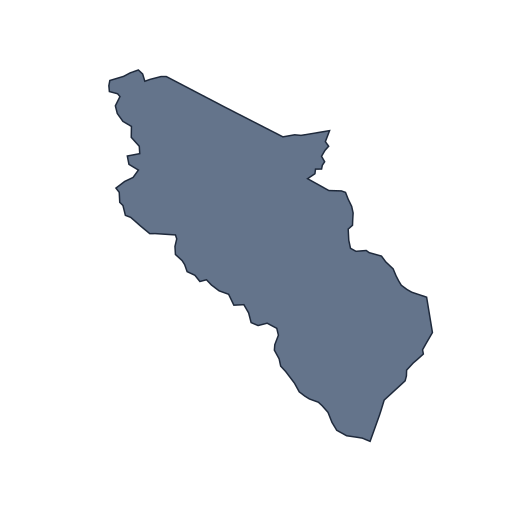 Itapetim, Pernambuco, Brazil, rotated 197°
{"feature_id": "56859067B43341835432659", "entity_name": "Itapetim", "entity_type": "district", "adm_level": 2, "iso_a3": "BRA", "parent_name": "Brazil", "parent_adm1": "Pernambuco", "projection": "orthographic", "projection_center": [-37.138, -7.385], "detail": "fine", "context": "isolated", "style": "filled", "palette": "slate", "viewbox_px": 512, "rotation_deg": 197, "n_neighbors": 0, "source": "geoboundaries", "source_scale": "gbopen_adm2", "svg_char_len": 1668}
<svg xmlns="http://www.w3.org/2000/svg" viewBox="0 0 512 512"><g transform="rotate(197 256 256)"><path d="M194.0,154.3L182.1,145.7L174.9,138.7L168.1,136.2L163.1,134.9L153.6,134.4L149.0,132.2L141.4,127.5L134.7,119.1L127.8,112.9L116.8,110.6L107.0,112.1L101.2,112.9L92.7,112.1L91.4,139.7L91.3,144.6L91.3,155.7L76.9,180.2L77.1,185.3L78.6,190.9L74.3,199.8L71.8,203.7L67.3,211.2L69.3,215.0L67.9,221.5L64.9,234.4L80.8,266.5L96.4,266.9L101.8,268.1L108.5,270.5L112.1,273.7L116.3,278.0L121.1,283.8L130.2,288.3L136.0,292.6L148.8,292.3L152.2,293.5L161.8,289.7L167.9,291.0L171.9,298.2L175.7,308.7L172.7,313.6L174.1,318.9L175.7,325.5L179.0,331.4L184.5,337.3L189.0,343.0L193.4,343.2L205.5,339.9L229.3,345.0L223.7,351.9L224.5,356.5L218.7,358.3L219.1,362.2L217.9,366.2L222.5,370.5L220.9,377.2L218.6,382.2L223.1,385.6L222.3,397.4L248.2,384.5L254.5,383.2L265.1,377.8L317.3,387.1L330.1,389.4L394.3,401.4L399.2,399.9L409.0,393.9L413.4,390.6L417.6,396.9L422.9,399.5L429.8,394.4L435.1,389.1L447.1,381.1L446.5,375.8L444.3,370.4L435.8,370.7L432.7,368.7L434.4,358.5L430.3,351.7L422.6,345.8L413.0,343.5L410.0,333.0L399.7,326.8L397.1,319.9L408.3,314.0L404.3,306.5L398.8,305.1L393.6,303.8L396.5,295.2L403.4,288.9L409.8,280.0L405.4,276.9L402.0,267.5L398.0,265.4L392.8,256.7L387.1,256.3L374.9,250.8L364.1,246.3L358.8,248.0L339.2,252.6L336.8,249.2L336.3,241.5L333.5,233.9L325.3,230.0L321.7,226.9L317.3,220.9L308.8,219.7L302.2,215.2L296.4,218.8L290.1,215.2L281.1,211.9L271.0,211.4L262.8,202.5L253.4,205.9L246.4,199.4L241.2,190.9L233.7,190.1L225.7,195.0L215.0,192.9L211.4,186.8L212.1,176.7L210.9,171.3L203.8,164.4L200.2,157.9L194.0,154.3Z" fill="#64748b" stroke="#1e293b" stroke-width="1.5"/></g></svg>